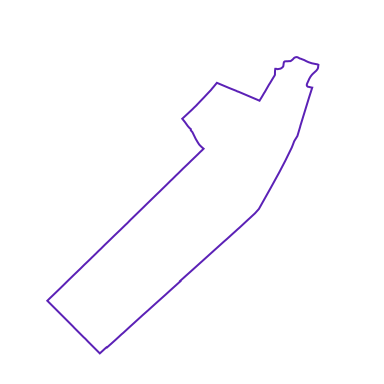 Suditi, Ialomita, Romania, rotated 45°
{"feature_id": "2599482B50390168033912", "entity_name": "Suditi", "entity_type": "district", "adm_level": 2, "iso_a3": "ROU", "parent_name": "Romania", "parent_adm1": "Ialomita", "projection": "mercator", "projection_center": [27.583, 44.543], "detail": "fine", "context": "isolated", "style": "outline", "palette": "violet", "viewbox_px": 384, "rotation_deg": 45, "n_neighbors": 0, "source": "geoboundaries", "source_scale": "gbopen_adm2", "svg_char_len": 2976}
<svg xmlns="http://www.w3.org/2000/svg" viewBox="0 0 384 384"><g transform="rotate(45 192 192)"><path d="M240.9,371.3L240.9,371.1L241.0,370.3L241.0,369.6L241.1,367.5L241.2,364.6L241.3,362.8L241.4,362.1L241.6,362.1L241.8,362.1L242.2,355.5L242.5,350.1L242.7,345.2L242.7,344.7L242.8,342.4L243.0,340.2L243.1,337.7L243.4,330.4L243.6,326.6L243.9,320.1L244.2,313.8L244.6,307.3L245.3,293.7L245.9,283.3L246.2,276.5L246.9,263.2L246.5,263.2L247.6,243.4L249.6,204.9L249.9,200.7L250.3,192.6L250.5,189.1L250.6,186.5L250.8,183.6L251.2,172.5L251.6,163.0L251.6,162.3L251.3,156.7L244.8,133.6L239.8,116.4L235.9,104.0L231.1,90.0L229.8,87.0L228.7,84.6L228.4,83.9L228.1,82.8L227.0,78.1L226.9,77.8L222.3,69.3L221.9,68.7L208.0,42.5L203.2,33.2L202.8,33.5L200.1,35.2L199.5,35.6L199.1,35.7L198.5,35.7L197.9,35.5L197.5,35.2L197.0,34.5L196.6,33.6L195.9,31.7L194.9,29.1L194.8,28.7L194.2,26.5L194.1,25.7L193.9,24.2L193.9,22.3L194.0,20.7L194.0,19.8L194.1,18.5L193.9,16.7L193.6,15.6L192.9,14.5L192.2,13.7L191.5,12.7L190.7,12.9L189.5,13.7L185.8,16.2L184.8,16.7L183.8,17.2L182.6,17.8L180.5,18.6L179.6,18.9L178.2,19.3L177.3,19.7L176.0,20.3L175.2,20.6L174.4,21.0L173.8,21.4L173.0,21.6L172.2,21.8L171.4,22.1L170.7,22.5L170.2,23.1L169.8,23.8L169.5,24.6L169.4,25.5L169.5,26.4L169.5,27.1L169.4,28.0L169.3,28.8L169.2,29.4L169.1,29.8L168.6,30.3L167.8,31.2L167.3,31.8L166.5,32.6L166.1,33.0L165.5,33.8L165.2,34.2L165.2,35.2L165.7,36.0L166.4,36.9L167.1,37.8L167.7,38.7L167.8,39.7L167.7,40.8L167.4,42.1L166.5,43.4L165.7,44.6L164.5,45.3L163.8,46.0L165.1,47.7L167.0,49.7L167.6,50.3L167.9,50.9L168.0,51.0L168.9,54.8L169.4,56.8L169.9,58.8L170.2,59.9L170.5,61.5L172.0,67.0L172.8,69.9L173.0,71.0L173.8,74.0L174.4,76.4L174.9,78.6L175.2,79.7L172.9,80.6L153.8,88.3L153.0,88.8L151.9,89.1L144.7,92.2L132.4,97.2L133.0,103.4L133.0,103.9L133.3,106.6L133.4,110.4L133.5,114.0L133.6,116.5L133.7,121.9L133.8,126.1L133.8,127.2L133.9,127.3L133.8,130.7L133.8,133.2L133.3,147.1L137.1,147.5L137.9,147.6L140.8,148.1L141.5,148.2L142.8,148.4L143.3,148.4L144.8,148.5L146.8,148.4L147.5,149.2L150.0,149.4L157.0,151.8L160.9,152.8L163.2,153.3L164.2,153.4L166.6,153.4L169.6,153.2L169.6,155.5L169.5,157.7L169.5,161.1L169.3,170.5L169.3,173.2L169.1,181.8L169.1,185.3L169.1,186.5L169.1,188.1L169.0,191.9L169.0,196.6L168.9,199.3L168.9,202.0L168.9,204.8L168.8,211.9L168.8,214.6L168.7,218.6L168.6,225.3L168.5,233.3L168.4,243.0L168.3,249.4L168.2,255.2L168.3,260.0L168.2,262.2L168.1,269.4L167.9,278.0L167.8,286.6L167.7,290.8L167.7,292.8L167.7,296.6L167.6,299.9L167.6,304.0L167.5,309.3L167.5,311.1L167.4,316.2L167.3,319.7L167.3,324.7L167.1,334.4L167.0,341.4L166.9,353.4L166.8,358.4L166.7,363.8L166.6,368.0L166.6,369.5L166.6,371.2L172.0,371.2L176.1,371.2L181.3,371.2L184.6,371.2L189.3,371.2L192.4,371.2L195.5,371.2L202.8,371.2L205.1,371.3L209.1,371.3L214.2,371.3L216.4,371.3L218.2,371.3L219.7,371.2L221.1,371.2L224.2,371.3L226.7,371.3L228.0,371.3L230.9,371.3L233.6,371.3L236.7,371.3L237.7,371.3L240.9,371.3Z" fill="none" stroke="#5b21b6" stroke-width="2"/></g></svg>